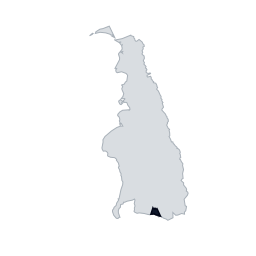 location of Bermejo, Formosa, Argentina, rotated 156°
{"feature_id": "61730980B55817879292044", "entity_name": "Bermejo", "entity_type": "district", "adm_level": 2, "iso_a3": "ARG", "parent_name": "Argentina", "parent_adm1": "Formosa", "projection": "natural_earth1", "projection_center": [-61.415, -23.947], "detail": "fine", "context": "in_parent", "style": "filled", "palette": "ink", "viewbox_px": 256, "rotation_deg": 156, "n_neighbors": 0, "source": "geoboundaries", "source_scale": "gbopen_adm2", "svg_char_len": 4783}
<svg xmlns="http://www.w3.org/2000/svg" viewBox="0 0 256 256"><g transform="rotate(156 128 128)"><path d="M155.9,78.4L154.6,80.9L154.9,82.6L153.6,86.5L153.9,87.3L152.9,89.2L153.2,91.2L152.7,93.2L152.9,95.6L152.5,96.3L151.6,96.6L151.0,100.0L151.7,103.3L151.1,103.9L152.2,106.3L155.9,108.4L157.8,110.5L157.8,111.4L156.8,112.7L156.7,113.9L157.3,115.4L158.2,116.3L160.0,116.9L160.2,119.0L159.9,120.4L156.5,125.3L155.7,127.4L152.5,129.6L144.4,132.0L138.0,133.0L134.4,132.8L132.0,131.8L132.2,134.5L133.4,135.3L132.7,135.4L133.2,135.9L133.0,138.1L132.2,138.6L131.7,140.4L131.7,142.0L132.4,143.4L131.7,144.7L128.9,146.0L125.7,146.4L119.6,144.2L119.9,143.9L119.6,143.7L118.6,144.2L118.2,146.0L118.9,148.9L118.7,151.3L119.1,152.1L121.3,153.1L121.1,154.1L121.9,154.2L123.4,153.9L123.6,153.1L122.8,152.9L124.9,152.2L125.7,153.2L125.8,155.8L125.4,156.5L123.8,156.9L123.3,156.8L122.4,155.0L121.6,154.7L119.2,155.6L119.0,156.2L122.4,157.5L119.9,158.8L117.9,161.1L117.9,165.5L117.5,166.7L116.1,167.8L115.9,168.6L116.4,169.1L116.2,169.9L113.6,169.6L111.7,171.0L110.0,171.4L106.9,176.3L107.5,178.6L111.0,182.0L115.4,182.9L116.0,184.1L115.8,185.4L115.3,186.2L113.7,187.0L115.1,187.0L115.7,187.7L108.0,193.8L107.1,195.5L106.7,199.2L106.1,199.9L104.5,200.7L103.4,199.9L102.6,198.6L102.6,199.7L101.1,200.1L102.9,200.1L103.8,201.0L101.4,202.3L100.8,203.5L100.5,205.2L99.6,206.2L100.3,206.0L101.1,209.2L99.2,209.5L101.6,210.0L104.3,213.7L104.1,214.0L104.0,213.6L97.0,212.0L87.7,211.7L87.8,211.2L85.6,209.2L86.0,207.8L85.6,206.6L86.0,205.5L85.6,204.1L84.8,203.7L81.9,204.4L80.1,200.8L80.1,198.8L79.5,197.5L80.0,195.9L81.5,195.9L81.9,194.1L83.8,192.8L83.7,191.2L84.9,190.2L85.1,189.4L84.0,187.3L84.7,185.0L86.7,183.2L86.4,181.0L87.5,179.9L86.5,176.9L87.7,175.7L87.1,175.0L87.0,173.4L88.1,173.0L88.8,171.3L87.6,169.7L85.4,169.3L85.3,168.5L89.1,168.4L89.6,167.2L89.3,166.5L86.3,166.1L86.3,164.4L86.9,163.3L86.3,162.3L86.5,161.3L85.7,159.8L86.4,159.1L84.4,157.6L84.3,155.1L84.7,154.4L84.4,153.1L86.1,151.8L85.2,149.4L85.2,144.7L84.9,143.5L85.9,141.6L85.3,140.3L86.1,139.3L85.7,137.0L86.6,136.8L87.1,132.6L89.3,131.4L89.8,130.6L88.1,125.4L88.2,123.4L87.8,122.5L88.2,121.4L87.8,119.7L88.4,117.7L89.9,116.9L90.0,116.2L91.5,114.9L91.4,111.5L90.6,109.8L91.4,109.2L91.9,106.6L93.0,103.9L94.0,103.5L93.7,100.4L94.0,97.6L92.7,97.1L93.0,95.1L92.5,94.7L92.1,92.6L91.2,90.7L91.1,89.9L91.6,89.4L90.6,88.7L89.9,87.0L90.0,85.4L90.2,84.4L91.2,83.6L91.0,82.8L91.8,79.6L92.9,79.4L93.5,78.3L92.9,77.7L93.0,75.8L92.4,73.0L93.4,71.6L94.2,67.4L96.6,64.3L98.2,59.5L99.5,59.4L100.9,58.4L99.5,55.3L100.4,53.3L99.3,49.2L99.6,47.6L100.4,46.7L99.5,45.1L99.7,43.8L101.1,42.4L105.7,40.1L107.4,33.7L106.4,32.6L108.9,28.9L110.7,28.2L111.4,26.3L113.8,28.1L117.9,28.2L119.9,28.9L121.4,32.6L123.4,27.7L129.1,27.5L130.2,29.3L132.3,31.3L133.8,34.1L138.5,38.4L144.4,40.5L148.1,43.4L152.3,45.9L154.4,46.4L156.0,48.2L156.4,49.5L155.4,50.5L154.7,52.4L153.6,53.5L153.1,54.7L153.1,56.3L150.9,59.4L151.0,60.5L153.2,60.3L158.6,61.5L161.3,61.5L162.1,62.0L163.5,60.6L165.8,61.1L167.3,58.6L168.9,58.1L170.5,56.4L171.3,54.3L171.7,49.7L172.5,50.0L174.0,49.4L175.4,50.3L176.5,54.1L176.2,57.8L175.5,59.3L173.9,60.1L173.0,61.2L170.4,62.0L168.9,64.0L165.7,66.1L165.9,67.2L164.9,67.1L159.4,74.7L155.9,78.4ZM103.7,228.7L103.3,215.8L105.2,218.3L104.3,218.2L104.1,219.4L105.6,219.6L106.4,221.1L109.7,224.0L114.6,226.8L119.4,227.7L118.1,229.0L113.4,229.7L110.6,229.0L103.7,228.7ZM121.4,228.5L122.8,228.0L125.6,227.9L121.9,229.0L121.4,228.5ZM134.1,133.9L134.0,134.4L133.2,133.6L134.1,133.9Z" fill="#d9dde1" stroke="#a8b0b8" stroke-width="1"/><path d="M134.2,34.4L134.3,40.0L134.3,41.9L134.5,41.9L134.5,42.0L134.6,41.9L134.7,42.0L134.8,42.0L135.0,42.2L135.0,42.3L135.0,42.5L135.3,42.6L135.5,42.6L135.6,42.9L135.6,43.0L135.8,42.9L135.8,43.0L135.7,43.0L135.8,43.1L136.0,43.1L135.9,43.2L135.9,43.3L136.0,43.3L136.1,43.5L136.3,43.7L136.4,43.8L136.5,43.8L136.6,43.7L136.7,43.8L136.8,43.8L137.0,43.9L137.3,43.8L137.4,44.0L137.4,43.9L137.5,43.9L137.5,44.0L137.6,44.3L137.8,44.3L137.8,44.5L137.8,44.8L142.0,40.1L141.9,40.1L141.9,39.9L141.7,39.8L141.6,39.7L141.4,39.7L141.2,39.7L140.9,39.7L140.8,39.4L140.7,39.4L140.4,39.3L140.2,39.3L140.1,39.2L139.9,39.2L139.7,39.1L139.8,39.2L139.7,39.2L139.4,39.1L139.3,38.9L139.2,38.9L139.1,38.7L138.9,38.8L138.9,38.7L138.9,38.8L138.9,38.7L138.7,38.7L138.6,38.4L138.4,38.2L138.2,38.0L138.2,37.9L138.2,37.7L138.0,37.4L137.9,37.3L137.8,37.2L137.7,37.1L137.4,37.1L137.3,36.9L137.2,36.9L137.1,36.7L136.9,36.6L136.7,36.5L136.4,36.4L136.2,36.3L136.1,36.2L135.9,36.1L136.0,35.9L135.9,35.9L135.7,35.8L135.7,35.7L135.4,35.5L135.4,35.4L135.3,35.5L135.3,35.4L135.3,35.5L135.2,35.5L135.2,35.4L135.0,35.2L134.9,35.2L134.8,34.9L134.7,34.8L134.7,34.7L134.4,34.7L134.3,34.4L134.2,34.3L134.2,34.4Z" fill="#0f172a" stroke="#020617" stroke-width="1.5"/></g></svg>